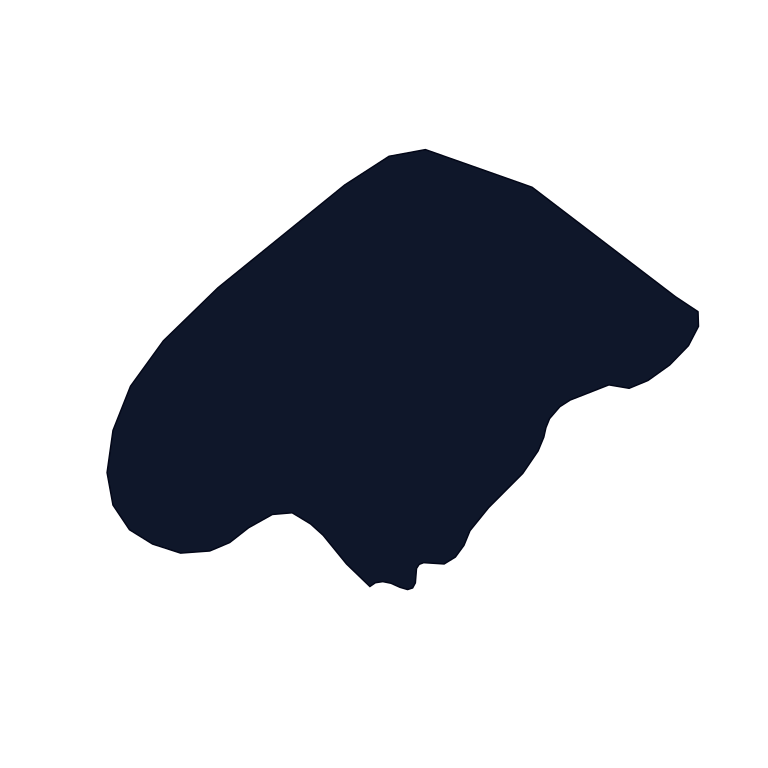 SVG path tracing the border of Krong Pailin, rotated 231°
{"feature_id": "KHM-1783", "entity_name": "Krong Pailin", "entity_type": "Municipality", "adm_level": 1, "iso_a3": "KHM", "parent_name": "Cambodia", "parent_adm1": "", "projection": "mercator", "projection_center": [102.549, 12.885], "detail": "fine", "context": "isolated", "style": "filled", "palette": "ink", "viewbox_px": 768, "rotation_deg": 231, "n_neighbors": 0, "source": "natural_earth", "source_scale": "10m", "svg_char_len": 829}
<svg xmlns="http://www.w3.org/2000/svg" viewBox="0 0 768 768"><g transform="rotate(231 384 384)"><path d="M242.5,673.5L230.9,664.7L222.2,644.7L219.0,618.0L220.6,591.4L226.4,571.8L241.7,558.3L241.8,558.2L254.4,518.5L255.7,506.3L252.9,490.9L248.2,482.4L242.1,474.7L235.0,461.6L227.2,435.6L222.1,387.6L215.9,358.5L208.3,344.6L204.6,330.6L206.3,317.5L220.2,302.4L221.7,297.8L220.2,293.2L209.7,283.2L207.5,277.9L209.4,273.0L215.9,268.5L224.8,264.0L231.2,258.7L235.0,252.2L235.5,245.6L267.7,241.6L304.8,241.5L321.4,238.9L341.7,231.6L352.9,215.1L357.5,188.4L357.9,164.3L363.9,143.5L380.6,119.5L405.3,103.4L430.9,94.5L460.5,97.2L489.4,113.0L518.5,144.2L541.8,185.6L556.4,239.7L563.3,315.6L563.4,478.9L557.8,531.2L540.1,563.7L443.7,622.9L268.5,665.4L242.7,673.5L242.5,673.5Z" fill="#0f172a" stroke="#020617" stroke-width="1.5"/></g></svg>